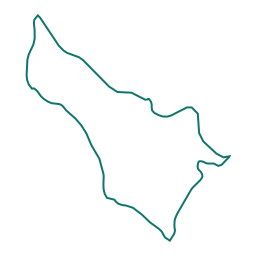 the Province of Carchi
{"feature_id": "ECU-1409", "entity_name": "Carchi", "entity_type": "Province", "adm_level": 1, "iso_a3": "ECU", "parent_name": "Ecuador", "parent_adm1": "", "projection": "equal_earth", "projection_center": [-78.015, 0.766], "detail": "fine", "context": "isolated", "style": "outline", "palette": "teal", "viewbox_px": 256, "rotation_deg": 0, "n_neighbors": 0, "source": "natural_earth", "source_scale": "10m", "svg_char_len": 1399}
<svg xmlns="http://www.w3.org/2000/svg" viewBox="0 0 256 256"><path d="M37.8,15.4L40.1,17.7L58.8,45.7L63.5,50.5L67.3,53.0L79.1,57.3L83.1,60.2L109.0,86.5L117.4,92.0L131.5,92.7L145.0,99.6L147.1,99.6L148.1,98.9L149.1,99.1L151.0,101.8L151.7,104.5L151.7,107.5L152.1,110.4L154.2,112.8L158.8,115.2L163.1,116.5L167.1,116.6L171.1,115.5L186.9,107.4L191.8,107.5L197.8,113.7L199.1,133.0L203.3,141.4L216.4,153.6L223.6,157.4L229.4,156.3L228.7,157.5L221.6,164.8L218.3,165.9L214.4,163.8L213.3,163.5L207.8,163.5L206.0,163.1L203.0,161.7L201.3,161.3L200.1,161.2L199.2,161.4L198.5,162.2L198.0,163.5L197.6,166.3L197.8,168.0L198.4,169.4L200.6,171.7L201.5,173.0L202.1,174.3L202.3,175.5L202.4,176.6L201.7,178.2L200.3,180.1L192.8,187.5L191.2,189.6L177.5,213.2L175.8,216.8L174.7,220.1L174.4,224.5L174.5,227.1L175.0,230.5L174.2,233.9L169.8,240.6L165.0,237.4L161.6,231.4L159.2,229.1L149.8,222.2L141.8,214.5L132.8,207.7L125.8,205.5L122.3,205.1L118.3,203.7L115.7,201.5L114.5,199.7L106.9,197.8L104.7,193.8L103.6,189.2L103.4,184.3L103.7,176.6L103.5,174.2L99.4,158.8L91.5,145.4L86.3,133.3L81.5,125.6L75.4,118.5L66.4,110.6L62.9,106.3L61.3,104.9L58.9,104.0L51.6,103.2L47.7,101.5L45.0,99.7L44.0,99.1L40.7,96.0L37.1,90.9L34.0,88.4L32.0,88.7L29.6,85.6L28.8,84.6L27.1,79.9L26.6,75.1L27.4,59.7L28.7,54.5L33.4,44.5L34.7,38.5L34.6,30.0L34.1,25.3L34.0,21.5L34.4,19.6L37.8,15.4L37.8,15.4Z" fill="none" stroke="#0f766e" stroke-width="2"/></svg>